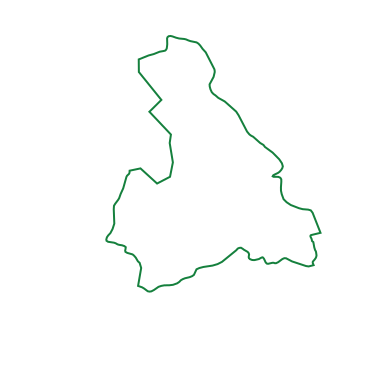 map outline of Pichincha (Natural Earth projection), rotated 49°
{"feature_id": "ECU-1287", "entity_name": "Pichincha", "entity_type": "Province", "adm_level": 1, "iso_a3": "ECU", "parent_name": "Ecuador", "parent_adm1": "", "projection": "natural_earth1", "projection_center": [-78.482, -0.183], "detail": "fine", "context": "isolated", "style": "outline", "palette": "green", "viewbox_px": 384, "rotation_deg": 49, "n_neighbors": 0, "source": "natural_earth", "source_scale": "10m", "svg_char_len": 2610}
<svg xmlns="http://www.w3.org/2000/svg" viewBox="0 0 384 384"><g transform="rotate(49 192 192)"><path d="M327.0,148.2L324.7,152.8L322.7,154.5L310.1,162.0L303.7,164.5L302.5,165.8L301.9,167.7L301.5,173.0L300.9,175.2L300.1,176.2L299.0,176.8L298.1,177.9L296.1,181.7L295.1,182.5L293.5,182.6L289.7,181.5L288.1,181.4L287.4,181.8L286.9,183.4L286.5,185.5L284.4,189.5L282.8,191.2L280.7,192.3L279.3,192.4L278.3,191.9L276.5,189.8L275.1,189.3L273.7,189.3L269.6,190.7L268.1,191.0L266.2,191.6L265.2,193.0L264.7,194.6L265.0,196.8L264.4,215.2L263.2,220.0L261.0,224.8L256.1,232.5L254.2,236.3L253.3,239.3L255.8,244.9L255.6,247.1L254.7,249.7L252.5,253.9L251.7,256.2L251.3,258.3L251.5,260.5L251.2,263.1L249.6,267.2L247.5,270.3L244.3,274.1L242.7,276.8L241.6,279.5L241.0,285.0L240.3,287.9L239.3,289.4L237.9,290.5L233.3,291.5L231.2,292.2L227.5,294.3L216.0,280.2L211.1,278.0L208.8,278.3L204.6,277.5L201.9,277.5L200.1,277.8L195.5,280.8L193.5,281.5L192.4,280.9L191.5,279.7L190.2,278.2L188.5,278.5L186.4,279.7L184.5,281.3L183.3,282.2L182.0,282.8L180.7,283.2L179.1,284.1L174.5,288.0L172.7,288.5L171.6,287.8L170.4,286.0L169.8,283.8L169.5,280.6L167.8,276.2L164.9,271.4L153.6,262.3L151.2,259.9L150.5,257.7L149.4,252.6L148.8,250.9L146.7,247.2L144.1,241.5L137.6,231.6L137.1,230.3L137.0,227.7L136.5,226.6L135.0,225.1L140.4,215.4L162.7,212.8L166.1,198.6L157.1,187.0L140.4,176.7L134.8,170.2L103.5,171.5L102.4,154.7L66.6,153.4L57.0,145.2L60.5,135.1L62.8,130.4L64.9,124.4L67.1,120.7L67.7,119.4L67.6,118.2L67.1,116.9L65.8,115.4L64.2,113.7L59.7,110.0L59.1,108.9L59.1,107.5L60.1,105.9L61.7,104.7L65.1,102.8L67.7,101.0L71.4,97.5L72.9,96.4L75.2,95.3L77.1,94.2L82.1,90.4L84.2,89.8L86.8,89.7L90.9,90.1L95.6,90.0L114.1,94.6L115.6,95.5L116.5,96.3L119.3,100.2L122.3,108.1L124.0,109.4L126.6,110.7L129.7,111.6L132.2,111.5L134.5,110.9L138.2,110.4L145.1,107.9L160.3,105.9L164.6,106.5L182.5,110.8L186.2,110.9L188.4,110.4L190.4,109.6L199.7,108.4L203.4,107.2L205.9,107.4L215.1,105.3L224.5,104.7L229.3,105.3L232.2,106.6L233.3,108.3L233.9,110.3L234.2,112.8L234.0,114.7L233.0,118.3L232.7,119.7L233.1,120.8L234.1,120.4L237.2,116.9L239.2,116.0L241.0,116.3L242.9,117.9L246.7,121.7L249.4,124.0L252.5,125.7L257.5,127.6L261.8,127.3L266.6,126.0L274.4,121.9L277.6,119.7L281.5,115.9L283.8,114.4L286.8,114.6L307.1,121.8L302.7,130.3L302.6,130.6L302.6,130.9L302.7,131.2L303.0,131.6L303.6,131.9L305.8,132.5L307.7,133.5L308.0,133.6L309.1,133.3L309.4,133.3L314.1,136.1L316.6,137.2L317.3,137.3L318.1,137.5L318.9,137.9L321.5,139.6L322.3,140.6L322.9,141.7L323.4,143.5L323.7,145.7L323.8,146.2L323.9,146.6L324.7,147.4L327.0,148.2Z" fill="none" stroke="#15803d" stroke-width="2"/></g></svg>